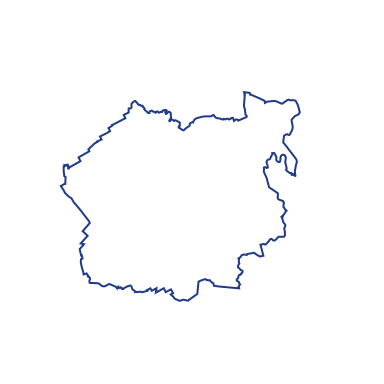 the district of Moloacán, Veracruz, Mexico, rotated 62°
{"feature_id": "50627088B54217054702449", "entity_name": "Moloacán", "entity_type": "district", "adm_level": 2, "iso_a3": "MEX", "parent_name": "Mexico", "parent_adm1": "Veracruz", "projection": "albers", "projection_center": [-94.286, 17.993], "detail": "fine", "context": "isolated", "style": "outline", "palette": "blue", "viewbox_px": 384, "rotation_deg": 62, "n_neighbors": 0, "source": "geoboundaries", "source_scale": "gbopen_adm2", "svg_char_len": 6033}
<svg xmlns="http://www.w3.org/2000/svg" viewBox="0 0 384 384"><g transform="rotate(62 192 192)"><path d="M128.3,99.1L129.3,99.3L129.5,99.1L129.9,99.6L130.3,99.5L130.8,99.9L130.9,99.7L140.4,105.8L143.2,106.3L148.7,108.4L150.6,108.0L151.4,108.6L150.7,117.6L150.0,117.5L148.9,118.5L148.6,119.4L149.0,121.5L145.8,121.0L145.4,121.9L145.4,122.5L145.1,123.2L145.5,123.7L145.4,125.2L144.1,126.0L143.6,126.9L143.6,128.5L142.8,129.0L142.7,129.3L142.3,129.8L142.6,130.3L142.4,131.0L140.1,133.0L139.1,134.6L137.5,136.1L135.7,136.7L135.1,136.6L134.1,136.9L133.9,137.2L134.1,139.2L133.9,140.2L131.7,144.2L130.5,147.0L129.1,152.9L129.0,154.4L129.2,155.3L129.7,156.7L130.3,157.5L131.1,158.3L130.6,158.7L130.4,161.2L131.0,162.2L131.9,162.6L132.4,163.2L132.9,167.8L133.7,170.3L133.4,170.8L131.1,172.3L130.2,172.5L129.0,173.5L128.1,173.2L127.9,172.8L127.9,171.8L127.5,171.5L126.4,171.1L125.6,170.4L124.6,170.2L123.4,171.2L120.9,172.8L120.8,174.6L120.0,174.7L119.4,175.0L118.5,175.9L118.3,176.5L118.5,177.0L119.1,177.9L119.1,178.4L118.7,178.7L118.2,178.5L117.2,176.8L117.1,176.0L116.6,175.5L114.8,175.0L114.3,174.6L112.1,173.7L110.4,174.5L110.2,174.9L110.3,175.8L111.0,177.8L110.7,178.4L109.6,178.0L109.2,178.2L108.7,178.2L108.5,177.9L108.6,176.8L108.1,176.1L107.7,176.2L107.2,176.7L106.5,178.2L106.4,179.1L106.6,180.0L107.3,181.0L106.5,182.0L106.5,183.8L106.3,184.2L105.0,184.4L104.7,184.8L104.4,185.4L104.9,186.9L103.8,187.2L103.0,188.5L101.8,188.9L101.2,189.3L101.0,191.7L102.3,192.5L102.2,192.9L101.7,193.5L101.3,193.8L99.1,194.4L97.4,195.2L96.6,195.3L96.0,194.7L95.0,194.8L94.3,195.3L93.7,195.5L93.1,195.1L92.6,195.3L91.8,196.6L90.9,196.8L90.4,197.2L90.0,198.1L89.5,198.5L88.4,198.4L85.1,199.3L84.9,199.6L84.8,200.3L85.0,201.8L85.5,203.7L86.9,204.8L88.6,205.4L89.1,205.8L89.3,206.6L89.2,207.4L88.7,208.1L88.5,208.7L92.1,210.7L91.9,216.1L95.6,216.2L95.4,231.2L96.0,231.2L96.4,235.7L99.8,235.8L100.0,240.4L99.8,247.2L103.2,247.3L102.8,251.9L103.3,251.9L103.4,255.1L105.7,263.5L107.8,263.5L108.2,275.9L112.4,276.0L112.7,288.3L112.9,289.7L113.3,289.7L113.3,290.2L112.6,290.2L112.3,289.7L111.3,289.1L111.1,289.6L110.9,289.7L110.3,289.3L109.5,288.9L109.2,289.6L109.1,290.4L109.3,291.2L108.9,291.1L108.2,292.1L109.3,292.6L109.8,293.5L109.7,293.6L113.6,295.6L118.2,297.3L119.4,296.6L125.4,300.1L125.0,301.1L125.2,305.0L130.6,304.5L133.4,304.6L133.9,304.3L138.4,302.9L140.9,301.4L145.4,301.2L155.1,299.1L169.7,296.6L171.4,296.8L175.3,306.9L181.6,304.7L185.2,314.4L187.4,311.9L189.7,318.0L195.9,319.7L196.0,319.0L199.4,319.9L199.2,321.5L201.6,323.1L206.5,324.6L211.7,325.6L213.9,326.4L214.4,323.3L215.9,323.3L216.7,323.0L217.3,323.5L218.0,323.5L218.5,322.7L219.4,322.8L219.8,322.5L220.7,322.7L222.5,324.5L224.1,325.0L224.5,324.8L225.5,322.8L228.3,318.1L229.6,316.9L232.6,315.7L233.6,314.7L234.0,314.0L234.3,312.9L234.4,311.1L234.2,309.5L234.5,308.1L239.6,304.0L241.5,303.5L241.3,303.4L241.4,303.1L241.0,303.0L241.0,302.3L241.2,302.5L241.4,302.2L242.2,301.9L242.5,301.5L242.2,301.4L242.1,301.0L242.8,300.5L242.6,299.8L242.9,299.6L243.3,299.6L244.6,298.6L245.0,299.0L245.4,298.3L245.1,297.3L245.0,296.3L245.0,293.2L245.3,292.2L245.4,290.9L245.9,290.0L246.8,289.8L250.1,290.3L252.4,289.0L253.6,289.4L256.0,284.0L257.0,283.3L258.3,277.7L257.5,277.8L257.5,274.0L260.3,273.9L260.3,268.5L263.9,271.2L263.7,262.1L268.1,262.2L268.1,256.3L272.5,256.2L272.5,258.9L274.0,258.4L275.0,257.9L278.2,257.3L280.9,255.1L282.1,254.3L282.6,252.9L282.8,250.8L283.0,250.2L286.1,246.5L286.2,246.2L285.6,245.0L285.7,244.2L284.5,235.2L274.2,228.3L274.5,224.4L275.1,221.4L275.5,220.8L276.8,220.3L277.0,219.6L277.8,218.9L278.1,217.8L281.2,217.0L281.8,216.4L282.8,216.1L283.5,216.2L285.1,216.7L288.8,211.5L299.2,195.6L298.4,195.3L297.5,195.4L296.6,194.1L296.5,193.6L296.2,192.9L295.2,193.2L293.3,192.9L291.3,194.1L290.2,193.5L289.6,191.5L288.6,191.0L287.7,189.9L287.3,189.3L287.8,187.9L287.6,187.2L287.0,186.8L286.8,185.5L286.3,184.8L285.7,184.5L285.0,184.6L283.4,185.8L282.0,185.9L280.2,186.7L278.9,186.2L277.3,183.8L276.4,183.8L275.9,183.7L275.6,183.3L274.4,182.7L273.3,182.0L272.5,182.2L272.3,180.0L271.7,178.8L271.2,178.0L271.1,177.4L271.3,176.4L272.1,174.6L273.3,173.2L272.7,172.1L274.3,167.6L274.4,166.4L274.9,165.7L277.0,164.7L280.8,162.4L281.8,158.9L270.7,156.3L271.6,153.0L272.5,152.5L272.9,151.5L272.0,148.5L270.4,145.2L270.4,144.5L271.0,143.7L271.7,143.3L272.4,143.3L273.4,142.5L273.6,141.7L273.3,139.9L272.2,136.9L272.7,135.5L273.8,133.6L274.7,131.4L274.1,130.6L273.2,129.9L271.6,129.1L270.0,128.4L268.2,128.0L267.1,127.4L265.7,125.4L264.8,125.1L261.4,125.5L260.4,125.4L259.6,125.0L256.1,124.7L256.4,123.5L255.5,123.4L255.3,122.3L254.8,120.9L253.0,118.2L252.9,117.3L252.2,117.4L251.8,117.9L249.5,118.0L248.1,118.3L246.8,117.6L246.0,116.8L244.5,115.8L243.4,116.1L242.7,115.9L239.7,118.6L238.4,119.3L236.9,118.9L235.1,117.6L233.3,116.8L224.1,121.7L214.5,119.5L208.0,119.1L204.2,117.0L204.5,115.6L205.8,114.9L206.0,113.6L203.9,112.8L200.8,112.3L199.9,111.6L199.4,110.8L199.2,109.7L199.5,107.9L199.2,107.2L198.0,105.9L196.2,103.0L195.4,102.9L196.1,101.2L197.0,101.0L199.1,101.1L200.3,100.9L201.2,101.3L203.0,102.5L204.4,102.5L206.2,101.5L206.6,100.8L206.6,100.3L205.9,99.4L203.0,97.6L201.9,96.4L201.6,95.3L201.6,94.5L202.7,93.0L204.8,92.8L206.9,93.7L209.4,95.7L213.8,96.8L215.7,97.4L216.5,98.6L218.0,98.2L220.6,97.1L221.5,96.3L221.7,95.5L223.7,95.9L224.0,95.4L223.2,95.0L223.7,94.2L224.4,94.2L224.4,93.8L225.5,93.4L226.0,93.4L227.0,93.7L225.2,92.6L223.6,92.2L221.6,91.2L217.1,87.6L214.6,85.3L214.1,85.0L212.8,84.7L211.2,84.7L206.8,85.4L199.4,86.7L196.3,87.1L191.1,88.2L185.7,84.5L185.3,82.0L185.8,80.6L186.7,80.2L187.2,79.6L187.3,79.0L187.2,78.6L186.4,77.7L184.9,75.3L183.5,73.7L181.6,72.4L175.3,70.4L174.6,69.2L173.5,66.2L173.3,65.1L173.5,62.4L173.4,61.2L173.1,60.6L172.6,60.2L172.4,59.6L171.9,59.3L165.5,57.8L160.7,57.6L159.6,58.1L158.6,59.1L158.2,60.2L157.1,62.2L155.7,63.4L155.7,65.7L156.4,70.7L156.1,71.4L151.3,75.2L150.1,76.8L147.6,83.1L147.6,85.8L145.6,85.1L141.2,88.3L133.7,94.3L133.4,94.9L131.6,94.5L128.3,99.1Z" fill="none" stroke="#1e3a8a" stroke-width="2"/></g></svg>